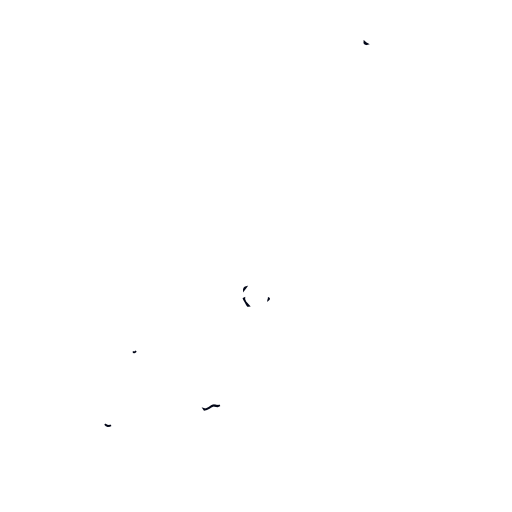 an SVG outline of Railik Chain, rotated 48°
{"feature_id": "MHL-4968", "entity_name": "Railik Chain", "entity_type": "state/province", "adm_level": 1, "iso_a3": "MHL", "parent_name": "Marshall Islands", "parent_adm1": "", "projection": "robinson", "projection_center": [168.279, 8.142], "detail": "fine", "context": "isolated", "style": "filled", "palette": "ink", "viewbox_px": 512, "rotation_deg": 48, "n_neighbors": 0, "source": "natural_earth", "source_scale": "10m", "svg_char_len": 1129}
<svg xmlns="http://www.w3.org/2000/svg" viewBox="0 0 512 512"><g transform="rotate(48 256 256)"><path d="M334.3,397.2L335.5,396.5L335.9,396.1L336.3,395.5L336.6,394.6L337.2,392.5L337.6,389.3L338.2,387.6L339.4,386.3L340.9,385.3L342.0,384.1L342.9,382.8L342.1,385.3L338.8,387.9L338.0,390.5L337.7,392.5L336.9,395.3L335.8,397.4L334.3,397.2ZM284.2,294.5L288.5,294.5L287.7,295.6L286.2,295.5L283.5,294.8L280.5,294.2L279.2,293.7L279.5,292.7L280.4,293.6L281.7,294.0L283.0,294.5L284.2,294.5ZM173.2,31.1L172.6,32.3L171.4,33.0L170.1,33.0L169.1,32.0L171.2,31.8L173.2,31.1ZM273.3,288.0L272.6,287.4L272.0,286.2L272.0,284.9L272.5,283.9L272.7,284.8L273.1,287.0L273.3,288.0ZM279.9,480.9L282.9,479.7L283.4,479.2L284.9,477.1L284.3,478.8L283.3,480.1L281.8,480.8L279.9,480.9ZM296.7,276.4L296.8,276.0L296.8,275.7L296.5,275.2L295.8,274.9L295.0,274.9L295.4,274.8L295.8,274.7L296.3,274.7L296.7,274.9L296.9,275.5L296.9,276.1L296.9,276.6L296.7,276.4ZM244.8,411.0L245.1,411.1L245.6,411.3L246.0,411.1L246.2,410.6L246.4,410.0L246.3,409.4L246.2,408.8L246.6,409.7L246.4,410.8L245.7,411.5L244.8,411.0Z" fill="#0f172a" stroke="#020617" stroke-width="1.5"/></g></svg>